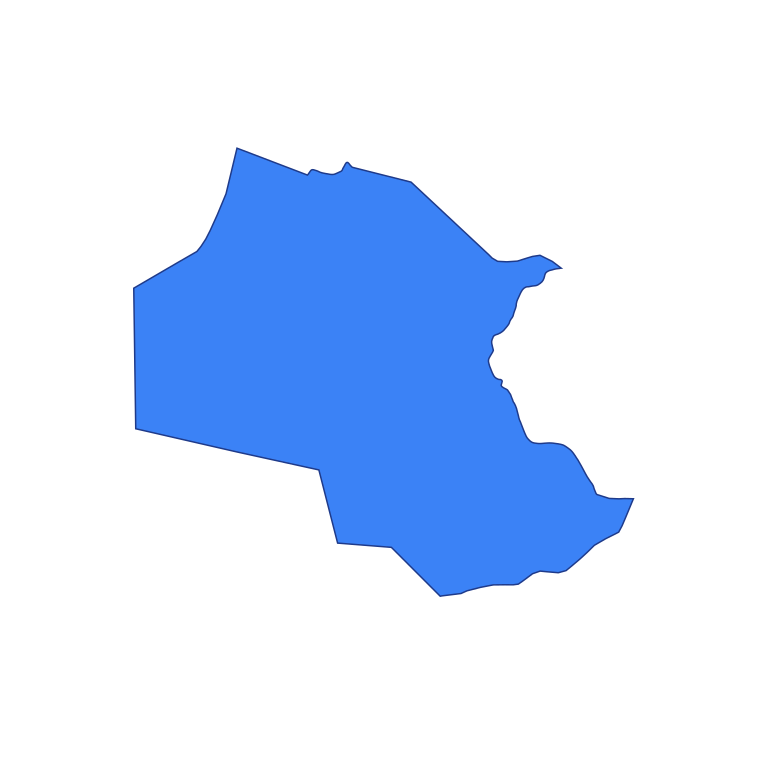 Langue, Valle, Honduras (orthographic projection), rotated 135°
{"feature_id": "27666195B29831378343973", "entity_name": "Langue", "entity_type": "district", "adm_level": 2, "iso_a3": "HND", "parent_name": "Honduras", "parent_adm1": "Valle", "projection": "orthographic", "projection_center": [-87.663, 13.662], "detail": "fine", "context": "isolated", "style": "filled", "palette": "blue", "viewbox_px": 768, "rotation_deg": 135, "n_neighbors": 0, "source": "geoboundaries", "source_scale": "gbopen_adm2", "svg_char_len": 6051}
<svg xmlns="http://www.w3.org/2000/svg" viewBox="0 0 768 768"><g transform="rotate(135 384 384)"><path d="M322.8,113.3L315.9,115.4L307.2,118.9L288.8,126.5L294.8,132.8L299.1,136.7L305.7,143.9L310.7,153.6L311.0,154.1L311.3,154.8L311.5,155.1L311.5,155.3L311.6,155.5L311.6,156.0L311.5,156.3L311.5,156.6L311.3,157.1L311.0,157.7L310.8,158.3L309.6,161.1L309.1,162.1L308.5,163.1L308.3,163.6L308.0,164.2L307.9,164.7L307.6,165.7L307.4,166.6L307.2,168.2L306.9,169.8L306.8,170.5L306.3,172.8L306.0,174.3L305.9,174.9L305.6,175.8L305.0,178.0L303.2,183.9L302.8,185.3L302.4,186.6L301.7,189.2L301.0,191.8L300.7,192.8L300.5,193.8L300.1,195.9L299.6,198.0L299.4,199.3L299.1,200.8L299.0,201.6L298.9,202.5L298.8,203.5L298.8,204.1L298.8,204.6L298.8,205.2L298.8,205.9L298.9,206.4L299.1,208.1L299.4,209.8L299.6,210.9L299.7,211.6L300.1,212.8L300.2,213.5L300.4,213.9L300.5,214.2L300.8,214.8L301.3,215.7L301.7,216.4L302.6,217.7L303.2,218.6L303.9,219.5L305.8,222.0L306.5,222.9L307.1,223.6L308.2,224.8L308.7,225.3L309.2,225.8L310.3,226.8L312.7,228.9L314.4,230.3L315.6,231.4L316.1,231.9L316.6,232.4L317.3,233.2L318.3,234.5L319.0,235.4L319.5,236.1L319.8,236.6L320.1,237.1L320.3,237.5L320.5,238.0L320.6,238.4L320.7,238.7L320.8,239.1L320.9,239.6L320.9,239.9L321.0,240.4L321.0,241.0L321.0,241.9L321.0,243.1L320.9,243.9L320.9,244.4L320.7,245.3L320.5,246.1L320.3,246.8L319.9,247.8L319.2,249.7L318.4,251.6L317.0,254.8L315.1,259.1L314.4,260.6L314.0,261.7L313.4,263.2L313.0,263.9L312.8,264.3L312.4,265.0L311.3,266.7L310.5,268.1L308.2,272.0L307.6,273.0L307.2,273.9L306.8,274.8L306.5,275.4L306.1,276.5L305.8,277.4L305.5,278.3L305.4,278.9L305.3,279.6L305.2,279.9L305.1,280.2L304.9,280.6L304.6,281.3L304.1,282.2L304.0,282.6L303.0,284.9L302.7,285.4L302.4,286.2L302.2,286.6L302.0,287.0L301.9,287.3L301.6,289.0L301.3,290.3L301.0,292.0L300.9,292.4L300.9,292.6L301.0,292.8L301.2,293.9L301.5,294.7L301.9,296.0L302.0,296.4L302.2,296.9L302.3,297.6L302.4,298.3L302.5,298.6L302.5,298.9L302.4,299.1L302.4,299.4L302.3,299.7L302.2,300.0L301.8,300.4L301.3,300.7L300.2,301.3L298.7,302.2L298.6,302.3L298.4,302.5L298.2,302.9L298.2,303.1L298.1,303.4L298.1,303.6L298.2,304.0L298.3,304.3L298.4,304.6L298.6,304.9L298.7,305.1L298.8,305.2L299.1,305.5L299.4,305.8L299.6,306.1L299.7,306.3L299.9,306.7L300.0,307.0L300.2,307.5L300.4,308.1L300.6,308.6L300.6,309.0L300.7,309.5L300.8,310.0L300.8,310.4L300.7,310.9L300.7,311.3L300.6,311.8L300.5,312.4L300.2,313.3L299.8,314.5L299.5,315.4L299.2,316.1L298.4,318.0L297.3,320.5L296.8,321.7L296.4,322.5L295.9,323.3L295.7,323.8L295.2,324.5L295.0,324.9L294.6,325.5L294.4,325.8L294.1,326.2L293.7,326.5L293.4,326.9L292.9,327.2L292.5,327.5L292.2,327.6L291.9,327.8L291.0,328.1L289.3,328.6L287.3,329.1L284.8,329.7L284.4,329.9L284.0,330.0L283.6,330.2L283.2,330.3L282.8,330.6L282.7,330.8L282.5,331.1L282.3,331.4L281.7,332.4L281.3,333.1L279.6,335.8L279.2,336.4L278.9,336.8L278.5,337.2L278.2,337.6L277.9,337.8L277.6,338.1L277.4,338.3L277.1,338.4L276.1,339.0L275.5,339.3L274.6,339.6L273.8,340.0L273.2,340.2L272.8,340.3L272.6,340.3L272.4,340.3L272.0,340.3L271.8,340.2L271.2,340.1L270.7,340.0L270.1,339.7L269.6,339.5L268.9,339.1L268.3,338.8L267.5,338.5L266.5,338.2L265.8,337.9L264.7,337.7L263.8,337.5L262.9,337.4L262.0,337.3L260.8,337.3L260.0,337.4L258.4,337.5L257.3,337.6L256.3,337.7L254.7,337.9L254.2,338.0L253.8,338.1L253.2,338.2L252.9,338.3L252.4,338.5L251.6,338.9L250.9,339.3L250.0,339.6L249.5,339.7L248.7,340.0L247.9,340.1L247.4,340.2L246.4,340.3L245.9,340.5L245.4,340.6L244.8,340.8L244.4,341.0L243.7,341.4L241.8,342.5L240.7,343.0L239.5,343.6L237.3,344.6L236.3,345.2L235.8,345.5L235.6,345.6L235.2,345.9L234.8,346.2L234.1,346.9L233.7,347.2L233.4,347.4L233.0,347.6L232.7,347.8L231.8,348.4L230.9,348.8L230.5,349.0L229.8,349.3L227.6,350.1L226.5,350.5L224.4,351.3L223.0,351.8L222.4,352.0L221.2,352.3L220.1,352.6L219.4,352.7L218.7,352.7L218.1,352.8L217.4,352.7L217.0,352.7L216.5,352.6L215.9,352.4L215.4,352.2L214.9,352.1L214.6,351.9L214.3,351.7L213.8,351.3L213.2,350.7L212.9,350.5L212.1,349.9L210.0,348.5L209.1,347.8L207.6,346.6L207.1,346.2L206.7,346.0L206.4,345.8L206.1,345.7L205.5,345.4L204.8,345.2L203.8,345.0L203.1,344.9L202.7,344.8L202.1,344.7L201.5,344.7L200.5,344.6L200.0,344.6L199.3,344.7L198.7,344.8L198.2,344.9L197.7,345.0L197.3,345.2L196.5,345.5L196.0,345.7L194.8,346.4L194.2,346.7L193.6,347.1L193.0,347.5L192.5,347.7L192.1,347.8L191.8,348.0L191.5,348.1L191.0,348.1L190.6,348.2L190.4,348.2L189.9,348.1L189.5,348.1L189.0,348.0L188.7,347.9L187.7,347.6L187.2,347.4L186.9,347.3L186.0,346.8L184.4,345.8L183.1,345.1L181.9,344.4L181.5,344.1L180.7,343.6L179.3,342.5L178.3,341.7L177.4,341.1L176.8,340.6L178.3,351.6L182.7,364.7L188.8,369.2L193.6,371.8L202.8,376.6L210.7,383.5L216.9,390.4L218.5,396.5L218.5,401.4L222.1,507.6L253.2,559.7L253.2,560.3L253.2,561.2L253.2,561.7L253.2,562.4L253.1,563.2L252.9,564.8L252.9,565.1L252.9,565.3L252.9,565.7L253.0,565.9L253.0,566.2L253.1,566.3L253.2,566.5L253.3,566.7L253.5,566.8L253.8,567.0L254.0,567.1L254.3,567.1L254.5,567.1L255.7,566.9L256.1,566.8L258.3,566.1L260.2,565.6L260.6,565.5L261.1,565.3L261.5,565.1L262.0,564.9L262.7,564.7L263.2,564.7L263.3,564.7L263.6,564.7L264.0,564.8L265.4,565.3L267.3,566.0L269.6,566.9L270.1,567.1L270.6,567.4L270.9,567.5L271.3,567.8L271.6,568.0L271.9,568.3L272.4,568.7L272.7,569.0L273.3,569.7L273.9,570.4L275.2,572.3L276.5,574.1L277.9,576.2L278.6,577.3L279.1,578.3L279.5,579.0L279.7,579.6L280.2,581.0L280.6,582.0L281.1,583.0L281.7,584.1L282.1,584.9L282.4,585.4L282.8,585.8L283.1,586.2L283.2,586.3L283.4,586.4L283.6,586.5L283.9,586.6L284.3,586.6L284.5,586.7L284.9,586.7L285.4,586.6L285.7,586.6L287.4,586.3L289.0,586.0L289.6,585.9L290.4,585.9L321.2,654.7L361.2,630.2L382.3,621.5L398.5,615.4L407.5,612.5L416.1,610.7L422.6,610.0L443.8,615.7L493.2,628.7L591.2,527.9L536.2,440.2L490.8,369.3L529.3,304.3L494.3,263.3L494.3,194.2L492.7,193.1L477.7,181.4L471.6,179.1L459.6,172.0L448.8,164.7L440.4,156.5L434.7,150.7L430.5,147.5L424.8,146.5L413.1,144.8L405.9,141.3L401.7,136.2L394.2,127.3L387.2,123.3L378.9,122.5L369.1,121.7L359.7,121.3L349.3,121.2L336.8,117.9L322.8,113.3Z" fill="#3b82f6" stroke="#1e3a8a" stroke-width="1.5"/></g></svg>